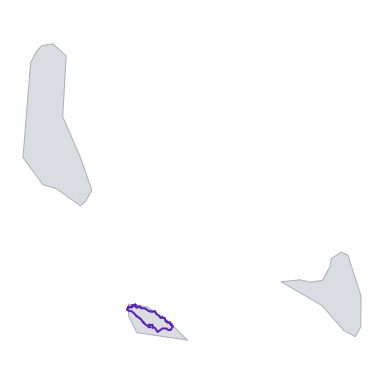 location of Fomboni, Moûhîlî, Comoros
{"feature_id": "10938185B23268545061954", "entity_name": "Fomboni", "entity_type": "district", "adm_level": 2, "iso_a3": "COM", "parent_name": "Comoros", "parent_adm1": "Moûhîlî", "projection": "robinson", "projection_center": [43.719, -12.295], "detail": "fine", "context": "in_parent", "style": "outline", "palette": "violet", "viewbox_px": 384, "rotation_deg": 0, "n_neighbors": 0, "source": "geoboundaries", "source_scale": "gbopen_adm2", "svg_char_len": 4636}
<svg xmlns="http://www.w3.org/2000/svg" viewBox="0 0 384 384"><path d="M85.2,201.7L80.3,205.7L56.5,188.8L43.0,184.8L23.0,157.5L30.6,62.8L37.0,50.6L41.8,45.7L52.9,43.9L66.2,55.8L62.7,116.7L80.5,157.7L91.9,190.1L85.2,201.7ZM347.9,255.2L361.0,296.0L360.8,326.8L355.3,336.6L343.6,330.3L322.2,305.7L281.3,281.8L300.0,279.8L311.0,282.3L322.6,280.1L329.9,266.6L331.3,258.5L341.5,252.1L347.9,255.2ZM169.2,322.0L187.4,340.1L136.7,332.6L128.7,316.2L128.3,304.2L147.2,306.8L169.2,322.0Z" fill="#d9dde1" stroke="#a8b0b8" stroke-width="1"/><path d="M172.9,326.3L172.7,326.2L172.6,326.3L172.3,326.3L172.1,326.0L171.9,325.7L172.0,325.6L171.9,325.5L171.8,325.3L171.5,325.1L171.5,324.9L171.4,325.0L171.0,325.0L171.0,324.8L170.9,324.6L170.7,324.4L170.6,324.1L170.6,323.9L170.6,323.7L170.4,323.6L170.2,323.6L170.1,323.4L170.0,323.2L169.9,323.1L169.7,323.2L169.6,322.9L169.6,322.5L169.7,322.4L169.6,322.5L169.4,322.6L169.2,322.6L169.3,322.5L169.2,322.5L168.9,322.5L168.8,322.3L168.8,322.2L168.7,322.2L168.6,322.3L168.2,322.5L167.9,322.3L167.4,322.1L167.2,321.9L166.9,321.3L166.7,321.3L166.6,321.5L166.4,321.7L166.2,321.4L166.0,321.5L165.9,321.5L165.5,320.9L165.2,320.0L165.2,319.9L165.2,319.6L165.3,319.3L165.2,319.2L164.8,318.9L164.8,318.7L164.7,318.7L164.6,318.4L164.6,318.2L164.4,318.0L164.2,317.8L163.8,318.0L163.6,317.8L163.4,317.7L162.7,317.6L162.4,317.9L162.2,317.9L162.0,317.7L161.9,317.6L161.8,317.8L161.8,317.7L161.7,317.8L161.5,317.7L161.4,317.7L161.2,317.8L160.9,317.9L160.7,317.8L160.7,317.6L160.7,317.4L160.3,317.4L160.1,317.4L159.9,317.0L159.8,316.9L160.0,316.7L159.9,316.6L159.4,316.0L159.0,315.8L158.8,315.7L158.6,315.5L158.4,315.4L157.7,315.0L156.9,314.3L156.1,313.8L155.9,313.4L155.9,313.2L155.9,312.9L155.9,312.7L155.6,312.2L155.4,312.0L155.3,311.8L155.1,311.6L154.9,311.2L154.6,311.1L154.4,311.4L154.0,311.4L154.0,311.5L153.9,311.6L153.5,311.6L153.2,311.6L153.0,311.8L152.7,311.8L152.3,311.8L152.2,311.7L151.9,311.6L151.8,311.8L151.5,311.8L150.8,311.6L150.7,311.3L150.4,311.4L150.3,311.5L149.9,311.4L149.6,311.3L149.1,310.9L148.6,310.8L148.4,310.7L148.2,310.6L147.9,310.5L147.5,310.3L147.1,310.0L146.1,309.0L145.5,308.7L145.4,308.6L145.2,308.5L144.9,308.3L144.7,308.4L144.1,308.4L143.7,308.3L143.4,308.3L142.9,308.1L142.4,307.9L142.3,307.7L142.3,307.8L142.1,307.8L141.7,307.7L141.2,307.7L140.9,307.4L140.9,307.5L140.8,307.4L140.8,307.5L140.7,307.5L140.6,307.4L140.6,307.5L140.5,307.4L140.3,307.5L140.1,307.3L139.8,307.0L139.6,306.9L139.2,306.5L138.9,306.7L138.3,307.0L137.8,307.2L137.3,307.2L137.0,307.2L136.9,307.1L136.6,307.2L136.6,307.5L135.9,307.1L135.7,306.9L135.9,306.6L136.0,306.3L136.1,305.8L135.9,305.9L135.7,305.8L135.6,305.6L135.7,305.4L135.5,305.2L135.4,305.2L135.3,304.8L135.2,304.9L135.1,305.1L134.9,305.0L134.9,304.8L134.8,305.0L134.7,305.1L134.7,305.3L134.5,305.6L134.3,305.9L133.9,305.9L133.8,305.7L133.5,305.4L133.5,305.2L133.3,305.3L133.3,305.1L133.2,305.1L132.9,305.3L132.9,305.2L132.7,305.3L132.7,305.5L132.6,305.8L132.4,305.9L132.2,305.9L131.9,305.8L131.9,306.0L131.9,306.4L131.7,306.2L131.8,306.4L131.8,306.7L131.9,306.9L131.4,307.3L131.0,307.4L131.0,307.5L130.9,307.5L130.8,307.4L130.7,307.2L130.6,307.3L130.2,307.2L129.8,307.3L129.6,307.2L129.4,307.3L129.3,307.2L129.3,307.3L129.1,307.4L128.9,307.1L128.6,307.4L128.5,307.1L128.4,307.1L128.4,307.3L128.2,307.3L128.3,307.6L128.2,307.6L128.1,307.8L128.0,308.2L127.8,308.4L127.7,308.4L127.7,308.5L127.3,308.8L127.2,308.9L127.1,309.0L127.0,309.3L127.2,309.8L129.0,310.8L130.4,311.0L132.0,311.5L132.5,311.9L132.8,312.3L133.8,313.0L134.0,313.3L134.5,313.6L134.6,313.8L134.7,314.0L135.3,314.6L135.5,314.8L135.6,315.2L135.9,315.5L136.2,315.5L136.5,315.8L136.8,316.2L136.8,316.5L137.5,316.6L137.6,316.8L138.0,316.9L138.5,317.4L138.7,317.6L138.8,317.7L139.0,317.7L139.2,317.8L139.4,318.0L139.9,318.6L140.0,318.6L140.3,318.5L140.5,318.6L140.8,318.8L141.0,319.1L141.2,319.5L141.6,320.1L141.7,320.4L142.4,321.1L143.0,321.6L143.1,321.8L143.0,322.2L143.4,322.2L143.6,322.2L143.8,322.4L143.9,322.5L143.9,322.8L143.9,323.0L144.0,323.0L144.3,323.3L144.5,323.4L144.9,323.8L145.0,324.1L145.3,324.2L145.7,324.6L146.4,325.3L146.7,325.5L147.4,325.6L147.7,325.7L148.1,325.8L148.2,326.4L148.3,326.7L148.5,327.1L149.0,327.1L149.5,327.1L148.8,326.7L148.7,326.3L148.8,325.8L149.0,325.2L149.1,324.7L149.4,324.6L149.6,324.6L150.0,324.9L150.2,325.1L150.6,325.2L151.6,325.1L152.1,324.7L152.4,325.0L152.8,325.6L152.8,327.7L153.0,327.6L153.5,327.4L153.9,327.5L154.6,327.9L154.8,328.0L155.6,328.6L155.7,329.2L155.8,329.7L156.0,329.9L156.7,330.4L157.3,331.6L157.7,331.9L162.6,328.4L166.7,328.6L168.1,329.9L168.3,329.9L170.6,330.0L172.9,326.3Z" fill="none" stroke="#5b21b6" stroke-width="2"/></svg>